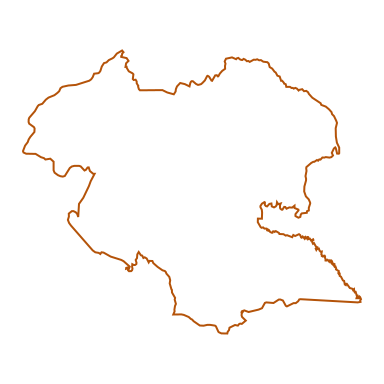 the district of Aketi, Orientale, Democratic Republic of the Congo
{"feature_id": "63176286B77771623677962", "entity_name": "Aketi", "entity_type": "district", "adm_level": 2, "iso_a3": "COD", "parent_name": "Democratic Republic of the Congo", "parent_adm1": "Orientale", "projection": "robinson", "projection_center": [24.045, 2.924], "detail": "fine", "context": "isolated", "style": "outline", "palette": "amber", "viewbox_px": 384, "rotation_deg": 0, "n_neighbors": 0, "source": "geoboundaries", "source_scale": "gbopen_adm2", "svg_char_len": 5924}
<svg xmlns="http://www.w3.org/2000/svg" viewBox="0 0 384 384"><path d="M320.6,103.2L312.3,97.7L308.8,93.8L308.1,92.3L306.3,90.9L304.0,91.2L302.2,89.2L299.2,89.9L298.6,90.5L296.9,88.6L295.3,87.9L293.7,88.6L292.8,87.9L291.6,88.0L290.0,86.9L286.3,86.9L285.7,84.2L284.1,83.6L283.9,82.8L282.1,80.7L281.1,80.8L279.7,76.5L277.4,75.7L275.7,72.5L274.5,71.7L272.2,68.6L269.7,67.1L268.7,63.5L267.4,62.2L263.3,61.7L260.9,60.1L259.2,60.3L257.2,59.3L255.6,59.8L253.7,59.7L249.7,61.9L248.4,61.0L246.9,61.2L245.3,59.7L243.6,58.9L242.3,60.0L241.3,59.9L240.0,59.4L238.3,57.9L236.8,58.4L236.1,59.2L232.0,57.4L226.0,58.7L224.7,61.4L225.5,63.7L225.0,65.9L225.1,68.8L222.2,70.9L219.9,73.5L218.3,76.3L217.8,76.4L216.8,75.2L215.2,75.4L212.1,80.8L211.5,80.6L209.1,76.7L207.7,75.8L207.1,76.1L204.9,80.4L202.5,82.9L201.1,84.1L199.1,84.7L198.0,84.9L196.1,84.0L192.8,81.2L191.6,81.2L191.0,81.7L190.3,83.0L189.5,86.4L184.8,84.1L180.2,83.0L177.0,86.4L175.9,89.1L175.6,91.5L173.8,94.3L167.3,92.5L162.4,90.1L140.0,90.3L138.9,89.2L138.1,86.6L138.3,85.9L136.7,83.3L136.7,81.7L136.3,80.8L135.6,79.7L133.7,80.0L132.8,79.0L133.4,74.3L132.5,73.3L128.8,71.3L126.8,68.0L126.6,66.8L125.5,66.9L126.1,63.3L128.5,60.9L126.6,58.1L121.2,56.9L121.2,56.1L122.0,55.1L122.2,53.5L123.5,52.2L122.1,50.5L116.8,53.6L113.9,57.3L112.5,58.3L108.8,60.1L106.5,62.4L104.0,63.1L101.8,66.5L100.4,70.9L99.2,72.6L98.2,73.2L94.1,73.7L92.7,77.2L91.2,79.3L89.3,80.7L76.0,84.9L68.4,85.5L62.5,86.8L60.5,88.2L59.2,91.2L57.3,93.0L54.4,95.2L48.5,97.6L45.8,99.7L42.3,103.8L38.8,105.0L37.7,106.2L34.9,111.2L29.3,117.7L28.7,119.3L28.6,122.0L29.2,123.7L34.0,127.2L34.6,128.5L34.4,132.0L30.3,136.9L28.7,139.4L27.7,142.2L25.1,145.6L23.0,151.1L23.5,152.5L26.1,153.7L35.6,153.9L41.0,157.2L43.9,158.1L45.4,159.5L50.3,158.7L53.6,161.7L53.6,170.3L54.6,172.7L58.0,175.2L60.4,176.2L62.8,176.6L64.8,176.0L69.8,168.0L71.8,166.5L74.2,165.9L79.2,165.9L80.7,166.4L84.5,170.5L85.8,169.9L87.6,167.5L88.7,167.4L89.9,171.0L93.2,173.8L94.6,173.8L90.7,181.2L88.9,186.1L83.3,197.8L79.0,203.9L78.2,217.0L77.3,214.1L75.8,212.3L73.4,211.1L71.9,211.1L68.8,213.6L68.9,216.6L67.9,219.9L69.1,223.0L71.0,225.6L92.7,250.4L95.3,252.3L98.8,252.9L100.3,254.0L101.5,252.3L103.6,252.6L110.7,256.6L121.2,259.9L123.6,261.2L129.7,266.6L129.0,268.5L127.6,267.5L126.2,267.9L126.1,268.7L127.3,268.2L128.0,270.2L129.0,271.2L131.2,271.1L132.1,270.2L132.5,268.6L132.1,266.9L132.3,264.2L133.8,265.0L135.0,265.0L136.3,264.1L136.5,262.8L135.7,260.0L137.0,258.1L137.3,254.4L138.7,252.0L140.9,255.3L142.2,255.6L143.4,258.0L144.7,257.3L146.7,258.5L148.7,262.4L149.5,260.9L152.4,261.0L153.3,263.1L157.6,266.9L162.5,270.3L164.8,271.0L165.8,272.0L166.4,273.6L169.3,276.9L170.2,280.2L169.7,283.4L171.5,289.5L171.9,289.9L172.0,292.5L175.1,297.9L174.7,299.6L175.9,303.9L175.0,306.0L174.4,309.7L174.6,311.4L173.3,314.5L181.4,314.4L183.8,314.9L188.7,317.0L190.8,318.9L192.2,319.6L193.6,321.2L199.8,325.5L203.6,325.7L207.2,324.9L210.3,324.9L214.9,325.6L215.9,326.3L218.4,331.8L219.0,332.3L221.4,333.4L227.3,333.5L227.7,331.8L229.0,330.1L229.5,327.7L235.0,325.0L237.9,325.6L239.2,324.0L240.2,323.6L241.8,323.9L245.8,320.6L242.1,317.0L241.6,315.5L241.7,313.5L242.8,311.9L241.7,311.8L242.0,311.2L244.3,310.4L248.6,312.0L258.6,309.6L262.0,308.2L264.9,302.9L266.3,302.4L273.5,303.0L278.9,299.5L280.3,299.5L282.9,300.5L285.8,305.8L286.9,306.4L293.6,303.1L295.8,303.1L298.1,301.3L299.3,299.4L300.6,299.2L357.7,302.4L360.5,301.9L360.2,300.4L361.0,299.2L360.1,297.1L359.3,296.3L358.5,296.7L358.8,298.2L356.5,298.2L357.3,295.4L356.6,295.2L355.6,291.7L354.9,291.5L354.6,292.0L354.1,291.2L354.0,289.2L353.0,290.0L352.5,288.8L349.8,288.0L346.8,283.8L346.2,283.8L345.8,285.1L344.8,284.5L344.1,280.9L342.9,280.4L341.0,276.7L339.7,275.9L339.7,273.5L339.5,273.2L338.7,273.8L338.3,273.1L338.8,271.1L336.0,269.4L336.2,268.4L335.5,266.6L334.8,267.0L334.4,266.5L334.5,264.1L333.6,263.7L333.1,264.8L331.7,263.5L331.4,263.0L332.2,262.2L332.1,261.4L331.3,260.4L330.7,260.4L330.3,261.5L329.4,260.6L329.1,261.6L327.4,259.8L326.2,260.6L325.5,260.5L325.5,258.8L324.9,257.6L325.1,256.6L324.7,255.7L324.1,255.6L322.9,256.6L321.8,256.0L321.9,255.1L321.3,254.3L321.8,251.5L320.6,251.7L319.5,250.5L318.9,248.6L316.7,249.2L316.3,249.9L315.7,248.6L317.2,247.2L315.9,246.5L314.0,243.1L313.0,243.8L312.2,242.1L312.1,241.1L313.4,240.0L313.1,239.3L311.0,240.5L309.9,238.7L308.2,239.2L308.5,237.7L308.2,237.1L307.5,237.0L306.6,238.5L306.2,238.5L305.4,236.8L305.0,237.0L304.5,238.6L302.7,236.5L301.7,237.7L301.1,237.4L300.2,235.1L299.0,234.2L295.1,236.0L293.3,235.0L292.2,237.2L287.0,235.2L285.7,235.6L283.5,234.2L279.4,234.0L278.9,232.9L275.8,231.1L274.7,231.9L274.0,231.3L273.0,231.4L272.5,232.7L272.0,232.8L270.2,232.0L268.8,229.9L268.0,229.5L268.0,230.6L267.1,230.3L267.0,229.0L266.6,228.6L264.4,228.6L263.1,227.4L261.6,227.8L260.7,227.2L257.8,222.2L257.9,218.6L261.9,218.7L262.1,212.6L261.8,209.7L260.5,207.3L260.4,206.1L261.9,203.7L264.4,202.1L264.9,202.4L264.8,204.8L265.9,206.1L267.1,206.4L269.4,203.9L271.4,203.5L271.8,206.4L274.0,207.4L275.8,206.4L276.6,205.1L277.0,202.2L278.3,204.2L280.7,203.5L280.0,205.2L280.0,207.6L280.3,208.6L281.7,209.7L282.4,209.7L284.2,206.9L285.3,207.0L286.5,208.7L289.3,207.4L292.1,207.6L294.5,205.7L294.5,208.0L298.4,209.6L298.5,210.4L295.6,213.9L295.4,214.9L295.5,216.1L298.4,217.7L300.3,216.9L300.8,214.5L301.8,213.4L306.8,212.8L307.0,211.2L308.8,210.5L308.8,207.8L310.2,203.5L310.1,202.5L308.7,199.3L305.9,196.4L304.2,191.5L304.4,186.5L306.0,180.6L306.1,178.9L305.5,176.1L306.5,171.0L306.2,168.2L306.4,167.1L311.3,162.9L313.3,161.8L314.3,161.8L317.0,160.0L318.1,160.7L319.3,159.4L320.5,159.6L322.4,157.5L324.3,157.6L325.8,157.1L329.5,157.6L331.4,157.1L333.0,155.5L331.8,152.9L333.9,148.5L335.2,147.4L335.8,148.2L337.1,153.6L338.8,153.7L339.2,153.2L339.2,147.6L336.9,142.7L335.9,136.6L335.7,128.2L337.0,122.9L336.2,120.7L334.0,116.1L332.1,114.2L331.5,112.1L329.0,109.3L325.8,106.6L321.3,104.9L320.6,103.2Z" fill="none" stroke="#b45309" stroke-width="2"/></svg>